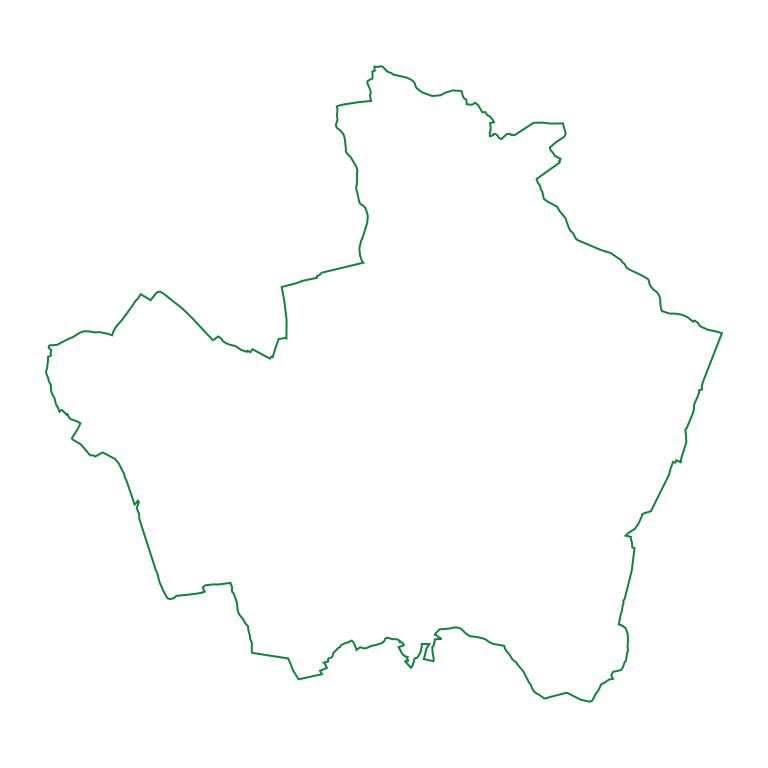 outline of Ivanesti, Vaslui, Romania
{"feature_id": "2599482B31711586235741", "entity_name": "Ivanesti", "entity_type": "district", "adm_level": 2, "iso_a3": "ROU", "parent_name": "Romania", "parent_adm1": "Vaslui", "projection": "equal_earth", "projection_center": [27.444, 46.655], "detail": "fine", "context": "isolated", "style": "outline", "palette": "green", "viewbox_px": 768, "rotation_deg": 0, "n_neighbors": 0, "source": "geoboundaries", "source_scale": "gbopen_adm2", "svg_char_len": 6044}
<svg xmlns="http://www.w3.org/2000/svg" viewBox="0 0 768 768"><path d="M612.9,678.9L611.5,675.8L611.4,675.0L612.7,672.3L613.7,671.6L619.4,670.5L621.4,669.5L622.5,668.1L624.7,662.1L626.0,660.7L626.9,654.4L628.0,650.3L627.6,646.2L628.0,639.8L627.6,633.6L626.0,629.1L625.1,627.6L620.8,624.9L618.8,624.5L620.5,615.2L621.4,612.7L622.5,607.5L622.4,606.2L623.4,604.1L623.3,600.9L624.7,598.8L631.8,570.3L634.5,548.2L632.3,547.4L631.9,542.3L630.8,538.9L630.9,536.8L625.6,535.7L628.4,532.9L635.0,528.7L638.3,523.9L641.6,516.9L642.1,514.5L644.4,513.2L650.9,511.2L669.1,474.6L670.1,470.1L673.0,461.9L675.2,462.7L676.3,460.2L680.6,462.3L681.2,461.7L680.7,460.2L686.4,441.9L685.4,429.4L686.8,427.9L692.7,413.7L693.9,409.5L694.0,405.8L694.7,403.0L697.6,396.7L699.1,392.3L699.1,390.2L702.1,389.4L701.7,386.4L703.2,381.2L721.9,333.2L718.3,332.0L707.7,329.7L700.2,326.3L697.7,322.7L695.0,320.8L693.9,320.7L693.1,321.7L687.5,317.2L684.4,315.7L681.0,314.5L674.9,313.6L669.7,313.6L662.0,311.1L661.0,308.6L660.2,302.8L660.2,298.8L659.2,295.7L657.0,292.2L653.2,289.4L651.1,286.9L649.7,284.5L648.5,279.9L647.7,278.8L640.8,274.9L629.7,269.7L626.8,267.9L624.4,263.8L622.0,262.0L621.3,260.3L610.4,252.9L600.9,250.0L577.8,240.2L575.9,238.7L572.8,232.8L570.5,230.9L568.6,227.2L565.4,218.0L559.5,210.9L557.1,206.7L547.7,201.7L543.8,198.8L542.5,192.4L540.7,188.9L540.2,186.0L538.1,183.2L536.6,179.7L536.7,178.9L559.6,162.6L559.2,161.4L559.9,161.0L559.6,160.4L560.6,158.8L554.9,155.9L553.4,153.3L550.5,150.0L549.8,147.5L556.0,142.2L564.1,136.9L565.5,134.3L565.7,133.2L563.1,124.3L563.1,123.4L550.8,123.6L543.1,122.6L533.6,122.8L515.0,134.9L511.4,135.1L510.2,133.8L506.8,134.1L501.3,139.1L498.6,137.6L497.7,135.8L495.5,133.9L493.4,134.1L493.2,135.3L490.0,136.2L489.7,133.6L490.8,128.5L490.1,123.0L494.0,122.3L492.5,119.4L489.8,116.4L487.5,115.3L485.3,112.1L482.3,112.3L478.3,105.3L475.3,102.8L472.4,104.5L470.2,104.8L466.8,104.1L466.3,99.7L464.0,98.2L462.8,96.1L461.8,91.6L460.5,90.9L452.9,90.4L445.5,92.6L440.4,95.3L432.1,96.0L422.0,92.3L416.7,88.2L415.9,87.0L414.4,82.6L412.9,81.0L410.3,79.2L406.7,77.6L393.4,74.6L391.2,72.9L388.4,72.1L386.8,71.1L382.6,66.6L380.6,66.3L378.1,66.9L374.4,66.6L374.7,70.7L372.4,71.5L372.6,77.7L372.2,78.6L368.2,80.6L367.3,81.6L367.4,83.1L370.4,90.3L370.7,93.5L370.0,95.5L371.1,100.9L358.3,102.2L343.4,104.5L337.8,105.9L336.8,106.6L337.5,109.1L337.0,115.3L337.5,119.7L336.1,124.1L336.0,126.0L337.0,128.0L340.3,130.4L343.4,134.2L344.6,137.7L345.8,147.5L345.8,151.3L346.6,153.0L350.7,157.2L356.7,167.4L357.4,170.8L356.9,174.1L357.2,178.5L356.8,184.5L356.1,187.4L356.4,189.6L357.6,193.7L358.8,200.1L359.8,203.2L360.7,204.3L362.4,205.1L365.1,207.5L366.4,210.8L367.8,215.9L367.3,222.4L362.6,237.6L361.3,240.4L359.6,247.0L359.4,249.3L360.1,255.7L361.9,261.0L363.3,262.7L322.1,272.6L320.4,273.8L319.5,275.1L317.1,276.1L316.9,277.8L302.7,280.8L296.3,283.2L281.7,287.0L284.3,300.8L286.6,320.0L286.4,338.3L285.8,337.9L278.7,339.0L275.9,346.6L272.7,357.2L271.4,356.6L269.9,358.6L252.4,349.2L250.5,352.2L247.6,350.8L246.8,351.8L241.1,349.9L235.3,345.9L230.3,344.9L226.6,343.5L223.0,341.2L221.0,338.3L218.1,336.5L213.6,339.9L212.5,339.8L191.4,317.3L182.2,308.4L163.5,293.6L160.5,291.8L159.2,291.7L157.5,292.2L155.6,293.7L150.7,300.2L140.8,294.2L137.4,299.2L135.8,300.5L132.0,306.3L122.1,319.8L116.0,326.8L113.6,331.0L112.1,335.3L108.7,334.0L99.4,332.1L95.1,332.4L88.2,331.3L83.8,331.3L80.0,332.6L73.3,336.9L67.0,339.6L56.9,344.9L49.4,345.4L48.6,347.3L49.2,348.4L51.2,350.0L50.6,353.2L51.0,355.2L50.0,356.2L47.9,357.0L48.0,360.0L47.2,367.4L46.1,371.3L46.3,373.4L48.5,379.1L48.7,380.9L50.9,385.1L51.0,390.4L51.5,392.4L52.8,395.5L54.5,398.1L55.8,403.8L57.2,406.7L57.9,407.3L59.3,411.5L59.7,411.7L60.8,410.4L62.0,410.0L66.5,414.5L67.0,414.0L67.7,414.4L67.3,414.8L70.2,418.9L77.6,421.6L80.5,423.3L77.5,429.4L71.8,438.4L73.1,439.8L80.3,444.1L82.1,445.8L90.1,455.3L93.1,455.3L95.2,456.5L102.0,452.7L103.3,452.7L115.0,459.0L118.7,463.4L124.2,474.1L124.7,476.9L126.6,481.0L134.6,504.5L136.8,502.5L137.7,500.7L138.8,501.8L138.3,504.0L136.8,507.4L137.0,508.7L139.1,514.0L139.2,518.5L155.6,569.5L157.3,573.5L159.4,581.8L163.1,590.4L166.6,596.9L168.1,598.6L170.5,599.0L173.6,598.3L176.4,595.8L186.7,594.9L201.7,592.9L202.2,592.2L204.1,592.1L204.7,591.0L204.0,590.4L202.8,587.6L204.7,585.7L205.9,585.2L213.5,584.4L217.8,584.5L230.6,582.9L230.5,584.0L231.5,585.5L232.2,587.7L231.9,591.1L232.2,591.9L233.4,593.0L236.9,602.4L237.6,610.1L238.5,612.9L239.8,615.2L243.0,619.0L245.5,623.7L248.0,626.2L248.3,629.9L249.9,635.7L250.1,638.8L251.9,642.9L251.7,651.4L252.2,652.9L288.0,658.4L290.3,663.1L293.0,670.3L298.6,679.3L322.0,674.2L320.0,670.8L326.9,667.9L325.2,664.4L323.8,662.7L328.2,661.5L328.0,659.5L328.8,658.3L331.3,657.5L332.5,656.5L333.7,652.3L334.7,651.7L338.1,648.0L340.0,647.1L340.7,645.6L342.5,644.3L346.5,642.7L347.6,642.7L351.4,640.6L352.0,640.7L353.5,642.5L355.8,647.5L356.4,649.9L360.2,647.2L363.3,648.2L365.6,648.3L368.0,647.5L370.3,646.2L376.9,644.7L382.2,642.9L384.3,641.1L385.2,638.9L385.9,638.1L387.8,637.8L392.1,639.1L397.0,639.3L399.8,640.8L399.7,642.1L401.9,642.4L403.9,644.8L403.8,645.3L398.6,647.2L402.5,654.2L404.8,656.2L407.7,657.0L407.2,658.5L407.3,659.4L408.1,660.1L408.2,660.7L406.3,660.8L405.2,661.4L410.9,667.8L412.6,665.6L414.5,658.9L415.1,658.2L416.6,658.0L418.0,656.8L420.6,651.9L421.7,647.0L421.8,643.9L429.3,644.1L426.3,648.7L424.9,655.4L423.7,659.0L433.3,661.2L433.8,659.2L432.5,652.2L432.3,647.2L433.6,645.6L435.0,639.3L440.8,639.0L440.8,638.3L437.8,636.6L436.1,635.0L434.9,634.8L435.7,633.4L439.6,629.3L449.3,628.6L453.0,627.6L457.5,627.5L460.9,628.6L466.4,634.0L470.2,636.3L476.9,637.0L482.2,638.2L485.9,639.6L489.3,642.1L493.6,644.0L504.2,645.8L504.8,648.3L506.3,650.9L509.4,654.5L512.4,659.4L516.7,662.8L517.4,664.5L523.2,671.1L529.0,682.5L530.4,684.1L532.6,689.3L534.1,691.5L535.1,692.5L538.6,694.4L543.1,697.7L544.4,698.3L545.6,698.5L549.2,697.2L566.8,692.7L581.0,699.8L589.7,701.7L591.5,701.0L592.6,700.0L595.5,694.3L598.4,690.3L601.3,684.2L605.2,682.2L609.2,679.5L612.9,678.9Z" fill="none" stroke="#15803d" stroke-width="2"/></svg>